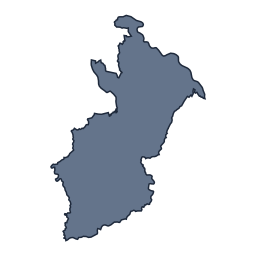 Huong Thuy, Thừa Thiên - Huế, Vietnam (Robinson projection)
{"feature_id": "81297802B27432396017289", "entity_name": "Huong Thuy", "entity_type": "district", "adm_level": 2, "iso_a3": "VNM", "parent_name": "Vietnam", "parent_adm1": "Thừa Thiên - Huế", "projection": "robinson", "projection_center": [107.606, 16.324], "detail": "fine", "context": "isolated", "style": "filled", "palette": "slate", "viewbox_px": 256, "rotation_deg": 0, "n_neighbors": 0, "source": "geoboundaries", "source_scale": "gbopen_adm2", "svg_char_len": 5783}
<svg xmlns="http://www.w3.org/2000/svg" viewBox="0 0 256 256"><path d="M65.9,240.6L67.5,239.9L69.2,238.4L70.8,237.7L73.0,237.5L75.9,238.9L77.6,239.3L77.8,239.1L78.6,237.5L81.3,237.3L83.4,236.3L85.1,236.5L86.0,236.4L88.5,237.4L91.1,237.1L97.3,233.8L97.5,232.8L97.3,230.4L97.7,228.6L99.3,228.9L100.6,229.6L101.6,226.9L102.2,226.1L103.1,225.3L104.9,224.9L106.3,225.3L107.4,225.8L108.6,225.9L111.1,224.7L114.3,222.1L116.2,222.1L117.0,221.9L118.9,222.4L119.7,222.4L121.4,219.9L125.2,218.9L126.3,219.2L126.6,217.8L127.4,216.4L129.7,214.4L130.8,211.3L132.1,211.1L133.7,210.3L134.8,210.6L135.5,211.4L137.7,210.9L141.3,210.9L141.9,209.7L141.5,208.4L142.1,206.9L142.4,206.8L143.8,207.2L144.0,206.4L144.9,205.6L144.9,204.9L145.9,204.8L147.1,203.9L147.6,203.9L148.2,204.4L149.5,204.3L149.7,203.3L151.3,201.0L151.6,200.0L151.6,199.4L150.8,198.5L150.9,196.3L152.5,194.6L153.0,193.7L153.6,191.8L153.2,191.1L151.1,190.7L149.3,189.8L148.5,189.0L148.4,188.3L148.9,184.6L149.1,184.0L150.2,183.6L151.7,183.9L153.6,184.0L154.1,183.5L154.4,182.2L153.7,180.9L151.8,178.7L151.7,178.1L152.1,176.5L151.7,175.7L150.0,174.9L146.8,175.0L145.9,174.0L145.5,172.4L144.8,171.8L145.0,171.2L144.7,170.4L144.9,169.1L144.5,168.1L143.9,168.0L143.7,167.1L142.7,166.3L142.6,166.0L143.1,165.6L143.1,164.9L142.1,164.5L140.7,162.4L141.3,160.6L140.8,159.9L141.4,158.8L141.7,157.4L142.5,156.8L144.2,157.0L145.2,157.6L145.7,158.6L146.5,158.1L148.1,157.8L150.1,158.2L151.6,156.9L153.1,156.6L154.7,156.6L156.4,156.0L157.9,154.9L159.2,154.6L158.6,152.9L158.8,151.8L159.4,150.9L161.4,148.9L161.4,148.2L160.7,146.4L160.9,145.8L163.9,142.4L164.3,141.5L164.3,139.9L164.9,138.4L165.4,137.9L166.2,137.6L165.7,136.7L165.8,134.7L167.2,133.3L166.6,132.6L167.1,130.6L167.8,129.0L168.2,128.6L168.4,127.8L170.3,124.0L171.6,122.4L172.1,120.3L172.0,118.7L171.6,118.1L171.9,117.3L172.6,116.4L173.3,113.6L174.1,112.0L174.5,111.3L175.7,110.7L177.0,109.5L178.8,108.4L179.6,107.3L179.8,106.6L181.6,105.8L184.2,101.1L187.4,96.4L189.0,97.2L191.0,95.0L191.9,96.3L193.2,93.7L193.0,91.2L193.5,88.9L195.0,89.8L194.5,92.3L195.3,93.1L196.9,92.3L197.9,94.1L199.4,96.2L200.3,96.1L200.7,96.8L201.4,97.2L202.1,97.1L203.4,98.3L205.0,98.7L204.5,97.2L204.7,94.3L203.2,90.6L202.5,88.1L202.0,87.1L198.4,82.4L197.2,81.6L194.2,80.6L193.1,79.8L191.9,77.6L190.9,72.4L189.9,70.3L188.4,68.8L187.2,68.0L182.0,65.6L180.1,64.1L178.9,62.3L178.5,61.1L178.4,57.2L177.9,56.2L176.1,54.7L174.7,54.0L173.7,53.6L170.6,53.2L166.8,54.8L165.5,55.6L163.8,56.1L163.0,55.8L162.0,55.0L158.6,50.2L156.3,47.8L155.4,47.7L153.1,48.2L151.3,47.9L150.3,46.9L149.4,45.7L148.7,43.6L148.0,42.3L146.9,41.9L144.3,41.9L143.7,41.4L143.5,40.8L143.9,38.9L143.9,38.1L143.2,36.0L142.5,34.8L140.0,33.1L138.0,32.2L137.5,31.7L137.0,29.5L137.4,28.1L138.4,27.0L142.3,26.5L142.7,26.2L143.3,24.9L143.3,24.3L142.9,23.3L142.4,22.7L141.0,21.8L136.3,20.4L131.0,16.7L126.2,15.4L123.1,16.8L119.7,16.8L118.4,17.1L117.6,18.4L117.5,19.7L116.3,20.0L115.6,21.1L114.6,21.7L114.4,22.2L114.9,23.3L114.8,25.2L116.8,27.1L117.7,27.0L120.2,27.2L122.1,28.1L123.6,27.7L126.8,28.3L128.3,28.0L128.3,31.7L131.3,36.2L128.5,36.8L127.3,36.7L126.5,36.6L126.5,35.8L124.1,35.5L124.9,40.6L124.3,40.7L124.4,41.1L123.8,41.3L123.8,41.6L123.1,41.8L123.2,43.0L122.3,44.3L120.7,43.3L119.9,43.2L119.3,44.8L118.1,46.0L118.7,46.8L118.7,48.3L119.2,49.6L119.1,50.8L119.6,52.5L119.5,53.1L118.0,55.1L117.9,56.4L118.4,59.0L117.4,61.0L117.8,61.8L118.6,61.9L118.7,62.2L118.9,63.5L118.6,64.1L118.6,65.5L119.4,68.2L119.7,68.4L119.6,70.0L120.0,70.1L120.8,71.5L121.3,71.6L122.0,72.5L121.9,72.7L121.4,72.6L118.8,77.8L117.6,77.4L117.1,75.3L116.1,73.4L106.1,71.3L105.5,70.1L105.6,68.9L104.9,65.4L104.2,65.1L102.8,63.3L101.2,62.7L100.7,60.1L100.3,60.4L99.3,60.6L98.2,61.8L95.6,63.2L95.5,60.9L91.4,59.9L91.2,63.7L91.3,65.2L91.9,67.1L92.5,69.0L93.9,71.8L96.7,75.1L97.9,77.2L98.5,80.8L98.6,84.1L99.3,86.1L101.1,88.2L104.7,90.8L106.4,92.3L107.0,92.5L107.6,92.3L109.8,91.2L110.4,91.2L113.7,94.2L116.0,97.1L116.1,98.2L116.1,99.9L115.9,100.8L116.0,102.3L116.7,106.7L117.3,107.9L116.8,108.8L116.1,109.0L115.8,110.0L116.0,110.5L116.9,110.2L116.8,110.9L117.2,111.5L117.1,111.8L116.3,112.5L116.2,111.6L115.3,111.1L114.9,111.9L114.3,111.6L113.8,112.6L113.1,112.3L112.9,112.8L111.7,113.5L111.0,114.9L110.5,114.4L110.4,114.5L109.8,116.1L109.4,116.1L108.3,112.6L101.5,114.3L98.3,114.1L94.5,113.4L94.3,114.6L91.9,117.8L87.7,118.9L87.5,119.7L88.5,121.3L88.6,123.1L88.3,124.6L86.3,124.7L84.9,126.9L83.1,128.6L82.1,128.2L80.7,129.3L80.1,129.4L79.3,128.8L78.1,129.8L77.5,129.9L76.7,129.8L74.4,128.3L73.9,129.2L73.0,130.1L71.5,130.6L71.3,131.2L72.2,132.5L73.1,135.1L73.0,136.1L73.4,137.3L72.8,138.9L72.9,139.6L73.9,140.5L73.6,142.2L72.9,143.1L72.6,144.3L73.1,145.1L73.3,146.2L72.7,148.1L73.6,149.8L73.6,150.2L69.8,153.5L68.9,155.4L68.3,155.7L68.1,156.6L65.5,157.6L64.0,157.5L64.1,158.3L63.6,159.3L61.9,159.9L60.0,161.5L57.8,162.6L57.5,164.0L54.6,164.5L53.2,164.2L51.8,165.5L51.0,166.6L51.2,167.6L51.6,168.0L52.5,168.0L54.0,167.2L54.7,167.3L54.9,170.1L54.4,171.7L54.6,173.2L55.2,173.9L57.8,174.3L58.4,174.9L58.5,175.6L58.1,177.4L57.4,178.2L55.6,179.1L55.6,179.6L55.9,180.3L56.4,181.0L57.2,181.2L58.5,180.4L59.7,178.9L60.5,178.7L61.2,179.1L61.8,181.0L63.2,182.1L63.2,182.6L62.8,184.2L62.9,185.3L63.4,186.3L64.7,187.7L65.2,190.2L66.3,192.2L66.9,194.9L68.3,196.3L69.3,197.8L68.8,199.8L70.2,201.5L70.8,203.7L70.8,204.4L70.0,205.4L70.5,206.8L70.5,207.3L69.9,208.4L69.9,210.2L70.4,212.0L70.4,212.6L69.6,213.0L67.8,212.9L66.8,214.0L64.9,213.7L64.6,214.2L64.8,214.8L66.8,215.6L66.8,217.0L68.0,218.0L68.4,218.8L67.1,221.2L66.8,222.7L65.6,222.6L65.0,223.1L65.3,224.3L65.1,225.1L65.2,225.7L66.1,226.9L66.4,227.9L65.3,228.5L65.3,229.8L63.1,231.3L64.2,233.1L63.9,235.0L64.8,235.2L64.9,235.4L64.9,237.5L64.1,237.7L64.0,238.2L65.6,238.7L65.9,240.6Z" fill="#64748b" stroke="#1e293b" stroke-width="1.5"/></svg>